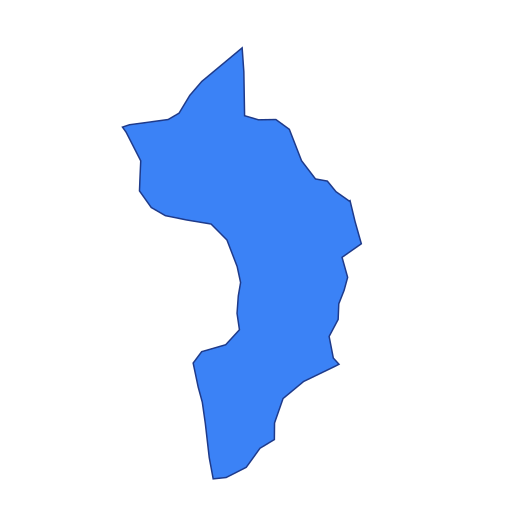 outline of Ainaro, rotated 163°
{"feature_id": "TLS-545", "entity_name": "Ainaro", "entity_type": "District", "adm_level": 1, "iso_a3": "TLS", "parent_name": "East Timor", "parent_adm1": "", "projection": "robinson", "projection_center": [125.566, -9.004], "detail": "fine", "context": "isolated", "style": "filled", "palette": "blue", "viewbox_px": 512, "rotation_deg": 163, "n_neighbors": 0, "source": "natural_earth", "source_scale": "10m", "svg_char_len": 894}
<svg xmlns="http://www.w3.org/2000/svg" viewBox="0 0 512 512"><g transform="rotate(163 256 256)"><path d="M346.0,418.3L338.5,418.5L300.1,412.2L287.8,415.1L272.3,429.0L256.8,438.8L208.4,459.1L213.8,435.6L225.9,393.5L213.8,385.5L197.1,380.7L187.1,367.4L184.6,333.8L176.6,312.3L165.9,306.8L160.7,294.1L150.8,281.3L149.9,281.5L151.2,260.1L151.7,236.9L174.1,229.6L174.6,208.8L181.8,197.4L190.8,186.1L196.0,171.3L209.6,157.7L211.9,135.8L208.3,128.2L211.6,127.6L247.1,122.1L271.8,111.8L287.1,90.9L292.1,75.1L308.4,71.0L317.7,63.9L327.1,56.8L349.3,52.9L362.1,55.4L359.8,75.7L359.6,77.2L353.4,110.8L350.1,131.9L349.6,147.7L347.4,172.0L335.9,180.4L310.9,180.0L293.4,190.3L290.9,206.7L284.6,223.0L278.5,235.1L277.1,251.4L279.1,279.8L289.6,299.7L312.1,310.9L330.9,321.1L342.0,333.0L348.4,352.3L343.8,365.5L338.4,380.7L344.0,412.3L346.0,418.3Z" fill="#3b82f6" stroke="#1e3a8a" stroke-width="1.5"/></g></svg>